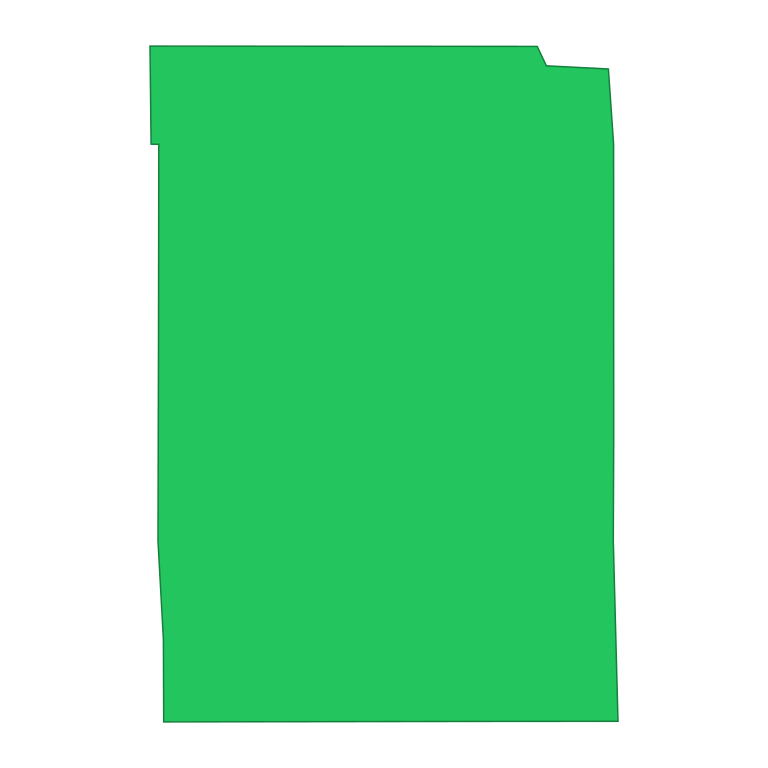 Todd, Minnesota, United States of America (Robinson projection)
{"feature_id": "52423323B13175905276165", "entity_name": "Todd", "entity_type": "district", "adm_level": 2, "iso_a3": "USA", "parent_name": "United States of America", "parent_adm1": "Minnesota", "projection": "robinson", "projection_center": [-94.915, 46.071], "detail": "fine", "context": "isolated", "style": "filled", "palette": "green", "viewbox_px": 768, "rotation_deg": 0, "n_neighbors": 0, "source": "geoboundaries", "source_scale": "gbopen_adm2", "svg_char_len": 319}
<svg xmlns="http://www.w3.org/2000/svg" viewBox="0 0 768 768"><path d="M150.0,46.1L151.1,144.2L158.8,144.3L158.5,343.6L158.0,541.0L163.4,639.5L163.7,721.9L505.3,721.4L618.0,721.3L613.3,541.0L613.7,441.6L613.6,144.2L608.4,69.0L546.4,65.8L537.2,46.4L150.0,46.1Z" fill="#22c55e" stroke="#15803d" stroke-width="1.5"/></svg>